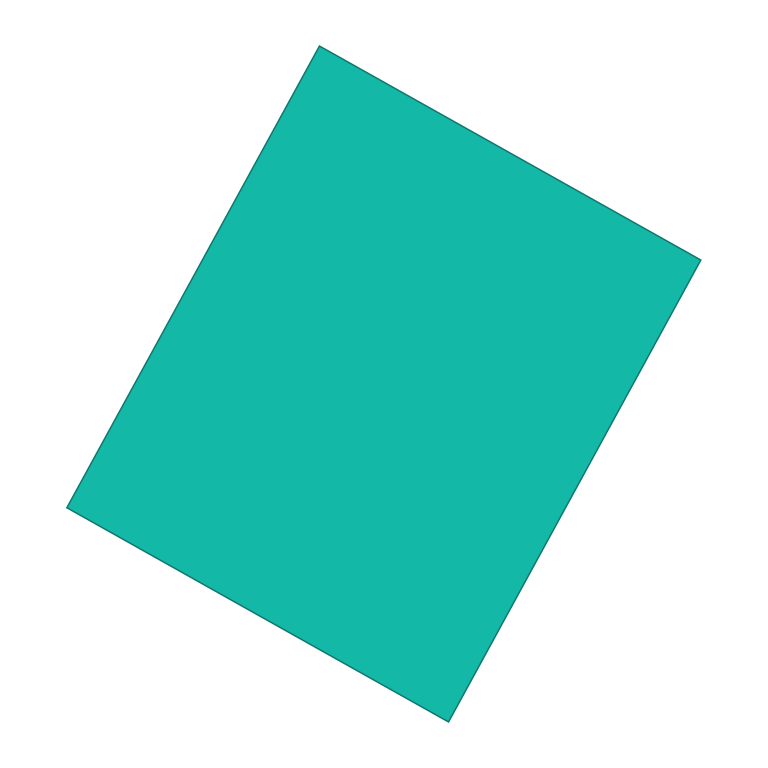 outline of Lane, Kansas, United States of America, rotated 29°
{"feature_id": "52423323B53058903446766", "entity_name": "Lane", "entity_type": "district", "adm_level": 2, "iso_a3": "USA", "parent_name": "United States of America", "parent_adm1": "Kansas", "projection": "robinson", "projection_center": [-100.503, 38.481], "detail": "fine", "context": "isolated", "style": "filled", "palette": "teal", "viewbox_px": 768, "rotation_deg": 29, "n_neighbors": 0, "source": "geoboundaries", "source_scale": "gbopen_adm2", "svg_char_len": 242}
<svg xmlns="http://www.w3.org/2000/svg" viewBox="0 0 768 768"><g transform="rotate(29 384 384)"><path d="M163.7,119.7L166.6,646.0L385.7,647.2L604.3,648.3L601.0,122.0L163.7,119.7Z" fill="#14b8a6" stroke="#0f766e" stroke-width="1.5"/></g></svg>